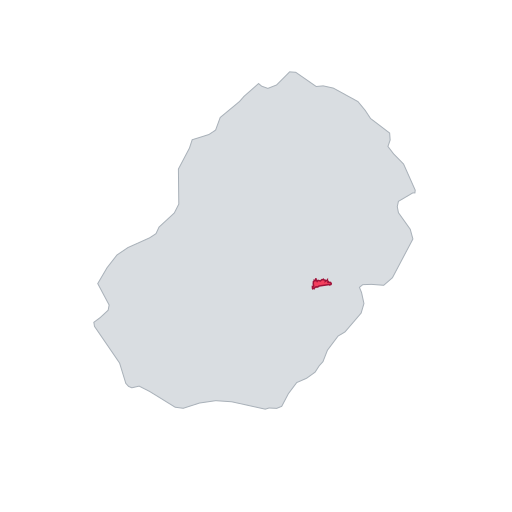 Kisela Voda, Aerodrom, North Macedonia shown in context, rotated 142°
{"feature_id": "65306769B41644037603367", "entity_name": "Kisela Voda", "entity_type": "district", "adm_level": 2, "iso_a3": "MKD", "parent_name": "North Macedonia", "parent_adm1": "Aerodrom", "projection": "natural_earth1", "projection_center": [21.486, 41.95], "detail": "fine", "context": "in_parent", "style": "filled", "palette": "rose", "viewbox_px": 512, "rotation_deg": 142, "n_neighbors": 0, "source": "geoboundaries", "source_scale": "gbopen_adm2", "svg_char_len": 1720}
<svg xmlns="http://www.w3.org/2000/svg" viewBox="0 0 512 512"><g transform="rotate(142 256 256)"><path d="M232.7,141.4L240.6,142.4L257.7,137.8L268.3,131.5L273.7,130.6L280.9,128.1L291.3,128.5L301.8,131.2L315.2,127.6L328.3,121.7L333.5,123.2L339.3,128.2L343.0,129.6L364.9,156.1L376.8,166.8L391.0,174.9L407.1,180.8L412.8,186.6L423.2,214.7L428.2,225.4L435.0,228.6L436.7,231.7L437.0,235.8L429.4,255.6L426.6,300.0L424.6,303.6L416.6,303.4L405.9,304.3L401.9,307.8L397.7,331.7L380.5,338.5L364.9,342.4L351.7,341.5L328.6,335.8L321.0,335.2L314.6,338.5L293.9,340.2L284.9,344.4L263.6,372.3L242.0,382.0L234.7,386.9L218.2,380.7L210.3,380.1L198.9,387.2L173.9,387.9L167.1,389.2L147.8,390.3L147.0,386.4L143.5,380.8L134.5,378.1L116.1,380.4L111.6,376.3L104.2,352.5L98.3,348.7L91.7,340.7L80.6,314.9L80.3,303.6L81.1,293.8L75.0,270.6L78.9,264.8L84.6,261.1L84.7,251.8L83.1,237.6L90.0,209.9L91.9,207.9L93.6,209.2L110.1,211.4L114.3,207.9L117.1,202.4L118.0,182.1L121.9,172.8L161.8,154.9L173.4,154.3L182.4,162.5L189.5,167.7L193.8,167.6L195.3,162.3L200.2,152.1L208.3,146.3L232.5,141.4L232.7,141.4Z" fill="#d9dde1" stroke="#a8b0b8" stroke-width="1"/><path d="M215.7,187.7L215.2,187.8L214.4,187.4L213.7,187.9L213.5,189.3L215.5,190.9L214.7,191.5L215.0,192.6L214.6,193.1L215.3,192.9L215.9,193.4L216.9,193.4L216.2,194.1L217.1,195.1L217.2,196.2L217.7,196.1L218.6,196.8L220.7,196.7L222.1,198.6L223.5,198.3L223.3,200.3L222.8,200.9L223.1,201.2L224.5,200.1L225.0,200.8L225.1,200.5L226.5,200.5L228.2,198.6L228.7,197.3L229.6,196.7L230.3,197.3L231.3,195.9L231.5,195.3L230.9,195.2L230.3,194.5L230.0,194.9L228.9,194.8L228.6,195.1L227.0,194.3L227.1,193.9L225.5,193.4L224.9,193.6L216.0,188.5L215.7,187.7Z" fill="#f43f5e" stroke="#9f1239" stroke-width="1.5"/></g></svg>